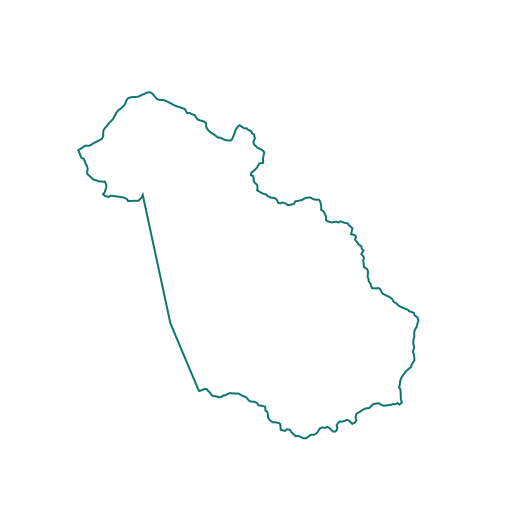 Lagoa Grande, Pernambuco, Brazil (Mercator projection), rotated 160°
{"feature_id": "56859067B53919588563168", "entity_name": "Lagoa Grande", "entity_type": "district", "adm_level": 2, "iso_a3": "BRA", "parent_name": "Brazil", "parent_adm1": "Pernambuco", "projection": "mercator", "projection_center": [-40.254, -8.803], "detail": "fine", "context": "isolated", "style": "outline", "palette": "teal", "viewbox_px": 512, "rotation_deg": 160, "n_neighbors": 0, "source": "geoboundaries", "source_scale": "gbopen_adm2", "svg_char_len": 4063}
<svg xmlns="http://www.w3.org/2000/svg" viewBox="0 0 512 512"><g transform="rotate(160 256 256)"><path d="M134.8,156.3L138.3,159.6L140.6,163.8L142.3,165.8L142.7,168.9L144.1,171.2L149.9,177.2L150.8,182.6L151.9,184.1L154.3,184.4L155.9,185.3L157.9,185.9L158.1,188.7L157.8,190.6L158.7,193.8L158.1,195.7L158.3,197.8L157.1,200.9L156.0,203.2L156.1,205.8L158.4,208.7L157.3,212.6L156.9,215.0L155.6,216.6L155.1,218.5L156.4,221.7L155.1,223.0L153.1,224.3L154.2,226.8L153.6,229.2L155.4,231.3L157.3,237.6L155.3,240.1L156.5,242.3L159.2,243.9L157.8,246.1L155.9,249.1L157.1,251.5L158.2,253.2L158.7,255.3L160.7,256.4L162.1,257.4L163.4,258.6L165.1,259.8L166.9,259.2L169.0,260.8L171.0,261.3L172.8,261.4L175.0,262.7L176.9,264.2L177.9,265.7L176.7,269.1L177.2,274.6L179.0,277.2L177.9,279.8L177.4,281.8L177.1,285.1L177.7,287.5L181.2,288.7L183.3,290.4L184.7,292.3L188.6,293.5L191.6,293.4L193.8,292.9L196.0,293.2L200.4,293.9L202.4,292.0L205.9,292.3L208.8,292.9L210.1,295.1L212.9,297.3L215.0,297.1L217.0,298.4L217.1,300.7L217.7,303.0L219.1,304.4L222.0,305.7L223.2,307.1L224.6,308.2L225.3,310.3L228.1,312.2L232.5,317.3L231.0,320.0L230.8,322.9L232.0,325.0L232.6,327.1L231.7,329.4L231.3,332.0L233.2,333.7L231.9,335.8L227.9,337.2L224.9,338.7L221.2,341.8L217.4,341.1L216.2,345.0L214.3,348.1L212.7,350.6L213.5,352.5L214.7,354.3L217.8,357.5L219.7,361.6L219.6,363.8L216.8,367.0L216.3,370.9L217.7,372.6L217.8,375.0L220.4,377.3L221.0,379.1L223.3,379.9L226.7,384.5L228.5,383.9L230.9,382.4L233.4,379.9L234.7,378.0L236.8,375.8L238.1,374.3L240.4,373.2L243.0,374.2L245.6,375.8L249.3,379.6L251.2,380.2L254.0,384.7L256.3,387.6L257.7,390.0L258.6,393.6L258.3,395.6L257.4,397.9L258.9,400.2L263.8,403.8L264.7,406.0L265.4,409.3L267.4,410.9L269.5,413.1L271.9,414.0L272.6,418.5L277.0,422.1L279.9,424.3L281.3,425.7L287.6,432.6L289.7,434.2L293.8,436.0L295.6,437.7L297.8,443.8L299.0,445.6L300.6,446.5L302.6,446.8L307.7,446.4L312.2,446.0L315.3,446.7L317.7,447.7L322.1,448.1L324.7,446.5L327.4,443.2L332.7,440.7L335.0,440.3L338.2,438.4L340.0,436.7L343.7,433.5L348.8,431.0L353.6,428.2L356.1,426.5L357.1,424.9L358.7,420.6L361.0,418.7L370.3,417.5L372.8,416.8L375.3,416.7L378.7,418.1L386.8,416.1L386.6,411.7L386.5,407.8L384.7,406.5L384.5,404.0L384.4,400.5L384.1,398.2L384.3,395.8L385.8,392.7L386.5,391.0L383.8,385.6L382.6,383.4L380.1,381.7L377.9,379.8L374.8,378.4L372.5,377.5L372.4,373.6L373.5,371.2L375.0,369.5L376.2,367.8L378.6,366.3L377.4,364.1L374.2,361.9L371.5,362.3L360.3,356.2L357.7,353.5L357.5,351.4L352.5,349.8L347.5,348.1L343.7,350.0L341.5,352.2L344.5,330.5L358.4,229.7L359.5,222.4L356.2,156.7L356.1,154.4L355.9,150.7L355.7,148.6L352.6,148.4L349.4,148.7L347.9,147.8L347.1,145.5L346.0,143.6L345.5,140.9L344.2,139.0L341.4,137.8L339.0,135.8L336.6,135.5L334.3,136.1L332.2,135.6L329.2,136.2L326.7,135.8L324.9,134.8L319.4,132.7L317.7,130.6L316.4,129.1L313.5,126.6L312.1,122.6L310.8,121.0L308.2,120.0L305.4,117.7L304.8,114.8L301.9,113.4L298.9,111.3L300.0,107.5L298.8,106.0L298.8,103.8L299.9,100.6L299.3,97.2L297.2,94.1L294.3,92.9L291.6,91.2L290.7,89.6L292.2,84.3L288.7,81.7L286.2,82.6L283.5,81.0L283.3,79.0L280.4,73.1L278.0,72.5L276.6,71.4L275.1,69.8L273.7,68.5L271.3,67.6L268.0,68.5L265.5,69.2L262.9,68.2L259.7,68.6L256.7,70.8L254.5,72.3L252.0,72.1L249.8,70.9L247.3,70.9L245.9,69.2L244.8,66.9L243.7,64.9L242.0,63.9L239.9,64.5L238.3,66.7L238.3,69.2L235.8,71.2L233.8,71.9L232.2,71.1L229.8,70.6L227.0,71.0L225.0,69.7L223.9,67.2L222.9,65.3L219.9,65.8L217.8,67.3L217.7,70.3L215.5,73.4L213.1,73.9L210.4,74.3L207.9,75.0L205.5,75.3L201.6,74.4L199.0,75.6L197.1,76.6L195.3,76.5L192.8,76.1L190.7,75.4L189.4,73.6L187.4,71.7L184.6,71.0L182.1,70.4L179.7,69.9L177.9,70.1L176.0,68.9L173.3,69.4L172.0,67.3L169.0,68.4L168.9,71.8L167.7,75.3L166.5,79.2L165.9,81.6L166.7,83.3L164.9,85.9L163.4,89.0L161.2,91.8L156.9,94.9L154.3,96.5L148.3,98.7L146.2,101.2L142.9,103.8L141.8,107.0L141.2,110.0L141.4,112.3L138.5,116.2L138.2,119.7L137.4,121.9L136.6,123.5L134.9,125.9L133.3,130.6L131.1,133.1L129.4,134.4L125.2,140.4L125.3,142.9L127.3,146.2L127.1,148.6L131.0,151.8L131.8,153.6L134.8,156.3Z" fill="none" stroke="#0f766e" stroke-width="2"/></g></svg>